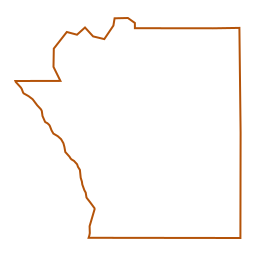 La Crosse, Wisconsin, United States of America
{"feature_id": "52423323B46619717381049", "entity_name": "La Crosse", "entity_type": "district", "adm_level": 2, "iso_a3": "USA", "parent_name": "United States of America", "parent_adm1": "Wisconsin", "projection": "mercator", "projection_center": [-91.275, 43.907], "detail": "fine", "context": "isolated", "style": "outline", "palette": "amber", "viewbox_px": 256, "rotation_deg": 0, "n_neighbors": 0, "source": "geoboundaries", "source_scale": "gbopen_adm2", "svg_char_len": 796}
<svg xmlns="http://www.w3.org/2000/svg" viewBox="0 0 256 256"><path d="M213.1,28.3L134.9,28.2L134.9,23.0L127.9,18.0L114.6,18.3L113.4,25.6L104.3,39.1L93.1,36.4L85.0,27.5L77.0,34.7L66.8,32.0L53.8,48.6L53.5,66.9L60.4,80.9L15.4,81.0L15.8,82.0L20.9,87.6L21.8,89.1L23.1,92.6L23.7,93.4L28.5,96.1L32.6,99.2L37.2,105.3L41.0,109.4L41.8,111.0L42.5,116.0L45.0,121.7L45.3,122.1L47.5,123.3L49.2,124.9L49.9,126.1L51.6,130.5L53.4,133.6L57.8,136.2L61.1,139.2L63.4,143.2L64.4,146.9L65.3,152.0L69.5,156.7L70.6,158.5L71.5,159.4L74.0,160.9L77.1,164.3L78.0,166.9L79.9,169.9L80.7,177.8L81.9,181.6L82.3,184.5L84.4,190.3L85.7,192.6L86.5,197.6L90.6,202.9L94.5,208.2L94.6,209.2L89.6,226.2L89.8,233.1L89.4,235.3L88.6,237.8L240.4,238.0L240.6,132.6L239.4,27.9L213.1,28.3Z" fill="none" stroke="#b45309" stroke-width="2"/></svg>